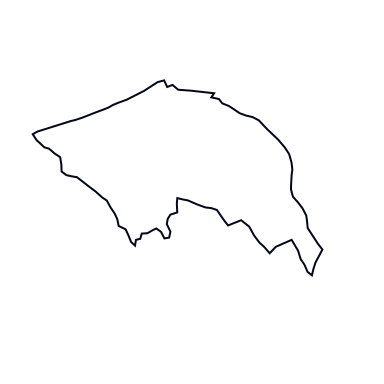 São Leopoldo, Rio Grande do Sul, Brazil, rotated 147°
{"feature_id": "56859067B92701465953780", "entity_name": "São Leopoldo", "entity_type": "district", "adm_level": 2, "iso_a3": "BRA", "parent_name": "Brazil", "parent_adm1": "Rio Grande do Sul", "projection": "equal_earth", "projection_center": [-51.141, -29.742], "detail": "fine", "context": "isolated", "style": "outline", "palette": "ink", "viewbox_px": 384, "rotation_deg": 147, "n_neighbors": 0, "source": "geoboundaries", "source_scale": "gbopen_adm2", "svg_char_len": 1498}
<svg xmlns="http://www.w3.org/2000/svg" viewBox="0 0 384 384"><g transform="rotate(147 192 192)"><path d="M114.0,72.7L114.6,80.1L114.6,98.8L111.7,104.3L109.0,110.0L108.2,118.3L108.8,125.6L109.9,133.1L107.5,140.4L104.3,145.0L99.4,151.7L95.4,156.5L92.4,162.7L89.9,170.8L89.9,178.7L91.2,188.7L93.1,197.0L94.7,203.4L95.8,209.4L96.9,215.7L100.4,221.8L105.2,226.9L109.1,232.1L111.7,238.3L114.2,244.0L118.3,249.8L118.8,255.3L124.2,260.8L119.7,262.8L137.9,277.7L147.9,285.3L150.0,292.4L155.6,293.6L154.6,300.8L161.1,302.9L177.0,302.9L196.7,305.0L204.3,306.8L211.0,308.1L215.8,308.3L221.0,309.3L229.0,311.1L243.6,314.1L250.8,316.0L255.0,317.5L284.1,325.6L288.9,326.9L294.1,327.2L294.1,320.3L291.5,309.9L288.3,306.2L286.3,299.3L283.6,293.0L286.6,286.2L290.2,280.2L288.2,274.6L284.4,270.7L280.5,267.2L278.4,261.3L275.9,254.0L272.5,244.6L270.3,236.4L268.1,231.3L268.7,223.6L268.6,215.8L269.5,209.8L272.0,203.4L268.0,196.9L268.9,190.5L270.3,183.3L269.0,178.1L265.0,182.4L260.9,180.9L256.8,184.5L251.8,181.7L246.3,181.4L241.8,180.9L239.7,175.5L240.4,168.1L236.0,166.2L231.7,170.5L230.6,178.8L227.0,182.7L222.4,184.8L215.5,182.9L211.0,190.6L207.6,194.9L204.4,191.4L199.8,186.9L194.4,178.7L189.2,171.8L184.4,167.8L180.9,163.3L180.7,155.7L180.5,150.1L180.0,144.3L166.2,141.6L162.9,131.9L163.6,121.4L163.0,112.8L161.4,106.8L160.2,98.3L151.6,100.4L134.5,97.6L135.0,85.1L137.4,76.6L137.3,69.6L138.6,62.1L136.8,56.8L132.2,61.2L126.7,65.7L120.1,69.3L114.0,72.7Z" fill="none" stroke="#020617" stroke-width="2"/></g></svg>